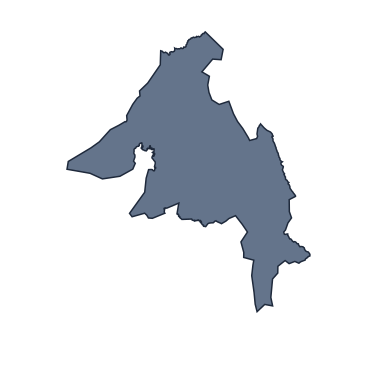 the district of Renchinlxu'mbe, Hövsgöl, Mongolia, rotated 331°
{"feature_id": "93677404B49169879261088", "entity_name": "Renchinlxu'mbe", "entity_type": "district", "adm_level": 2, "iso_a3": "MNG", "parent_name": "Mongolia", "parent_adm1": "Hövsgöl", "projection": "albers", "projection_center": [99.78, 51.076], "detail": "fine", "context": "isolated", "style": "filled", "palette": "slate", "viewbox_px": 384, "rotation_deg": 331, "n_neighbors": 0, "source": "geoboundaries", "source_scale": "gbopen_adm2", "svg_char_len": 6019}
<svg xmlns="http://www.w3.org/2000/svg" viewBox="0 0 384 384"><g transform="rotate(331 192 192)"><path d="M280.4,246.0L280.6,245.8L280.7,244.9L280.5,244.3L280.5,243.6L280.2,242.2L280.1,240.5L279.8,239.5L279.7,237.5L279.5,236.8L279.7,236.1L279.6,235.7L280.2,234.9L280.5,233.0L280.0,231.7L280.1,231.4L280.4,231.0L281.3,230.7L280.7,229.4L280.8,227.9L280.0,226.4L280.0,226.1L280.5,225.3L280.6,224.6L281.0,224.2L280.8,223.3L281.0,222.3L280.9,221.4L281.6,221.1L281.8,220.9L281.5,219.6L281.6,218.1L281.8,216.5L282.1,216.1L282.8,215.7L283.1,215.1L283.9,214.5L284.2,214.0L284.2,213.6L283.4,212.1L283.4,211.0L283.6,210.1L283.8,209.7L285.7,209.4L285.3,208.9L284.7,207.7L284.6,206.4L285.2,205.2L285.0,203.6L285.4,202.7L285.4,201.6L285.9,200.8L286.2,199.0L285.9,198.2L286.3,197.3L286.3,196.5L286.5,195.8L286.6,194.7L287.1,193.7L287.0,192.9L287.4,191.1L287.7,189.1L287.6,187.0L287.7,186.4L288.5,185.0L288.6,184.1L288.5,183.0L288.6,182.6L289.0,182.3L289.9,182.6L290.1,182.4L289.9,181.4L290.3,180.3L289.9,178.2L289.6,177.4L287.4,174.3L286.2,171.0L285.5,168.1L285.4,167.5L285.1,166.7L285.0,165.7L283.7,166.4L283.3,166.4L282.2,167.4L280.5,168.1L277.1,172.6L276.8,173.3L276.5,174.6L276.2,175.3L274.4,176.6L267.4,174.9L267.6,171.8L267.2,161.1L266.0,152.4L266.2,143.7L268.2,130.5L258.2,128.6L254.0,121.1L255.1,113.2L257.6,106.1L263.3,99.2L258.9,91.7L274.5,85.8L281.6,90.4L288.4,82.3L281.2,58.4L280.2,58.6L279.3,59.3L278.4,58.7L277.5,58.9L277.1,59.3L276.6,59.2L276.6,59.4L275.8,59.6L275.3,60.0L273.7,60.0L273.3,59.1L271.7,58.7L271.4,58.2L270.6,58.7L269.7,58.2L269.1,58.2L268.2,57.2L266.9,57.4L266.1,56.9L265.5,57.1L265.2,57.4L264.6,57.5L263.6,57.2L263.0,57.3L262.6,57.8L261.8,57.7L261.1,58.7L260.4,58.8L259.4,60.0L258.8,60.4L258.1,60.5L257.3,61.8L257.0,62.0L255.8,61.9L255.2,61.2L253.9,62.1L253.4,62.0L252.7,61.5L252.5,60.9L252.0,60.6L251.3,60.8L250.3,60.7L249.7,60.2L248.8,59.9L248.4,59.7L248.1,59.1L247.3,58.7L246.8,58.2L246.6,57.8L246.3,58.6L245.6,59.6L244.8,60.3L243.1,60.2L242.0,59.3L240.5,59.1L239.9,59.5L239.8,60.4L239.6,60.8L238.9,61.2L238.3,61.1L237.9,60.7L238.0,59.6L237.7,58.6L237.1,57.8L236.7,56.9L236.1,56.9L234.9,56.5L234.6,56.1L234.3,54.6L233.1,53.3L225.9,65.4L206.0,75.3L195.1,78.2L193.1,82.8L189.5,83.4L182.7,86.6L171.9,93.5L170.2,97.3L169.5,98.1L168.7,98.6L168.0,98.5L167.6,98.0L160.6,98.2L150.8,97.9L135.3,103.2L125.1,104.4L98.6,105.3L93.7,111.5L111.9,126.2L120.0,137.1L136.6,143.3L151.3,143.3L156.3,139.4L155.8,136.7L159.0,133.8L159.9,132.1L160.0,131.5L159.8,130.3L160.2,129.4L161.2,128.2L161.8,126.8L162.9,126.1L163.4,126.4L163.8,126.4L165.3,125.5L167.5,125.9L167.5,126.1L167.9,126.3L167.7,126.2L168.5,125.7L168.7,125.0L169.1,124.6L170.2,124.4L170.5,124.2L171.0,124.6L171.6,124.8L171.7,124.7L171.9,124.9L171.3,126.1L171.1,126.7L170.5,127.4L170.3,127.8L171.3,127.8L171.2,128.4L170.4,129.1L169.7,129.2L169.4,128.8L169.9,128.6L170.1,128.3L170.1,128.1L169.1,128.7L168.8,129.2L168.9,129.5L169.0,129.1L169.1,130.1L170.6,132.8L171.3,133.2L171.5,133.6L171.9,133.9L173.0,133.5L173.2,133.2L173.7,133.1L173.9,132.7L173.6,132.7L173.7,132.4L174.1,132.3L174.7,132.3L175.0,132.9L176.2,133.8L176.5,133.6L176.5,133.4L176.2,133.4L176.1,132.9L176.5,132.8L176.5,132.3L176.8,131.8L177.4,131.2L177.7,131.2L177.9,131.4L177.6,132.1L177.3,132.3L177.5,132.7L177.1,133.2L177.0,133.6L177.2,134.2L177.4,134.3L177.7,133.8L178.2,134.2L178.1,134.4L177.4,134.4L177.4,134.7L177.6,134.8L177.6,135.0L177.3,135.2L177.7,135.6L178.1,135.8L178.8,135.9L178.7,135.6L179.0,135.5L179.6,135.7L179.7,136.1L178.6,137.8L178.1,138.3L177.5,138.1L176.6,138.2L176.7,138.4L177.7,138.7L177.6,138.9L176.7,138.6L176.9,139.1L177.9,140.1L177.9,140.5L177.7,140.8L176.1,142.1L175.7,142.0L176.2,140.9L177.0,140.2L176.9,140.2L174.8,141.4L173.8,142.2L173.5,143.3L173.9,144.6L174.0,146.1L174.4,147.5L173.9,148.9L173.3,149.7L171.4,151.7L171.3,152.3L172.1,152.7L171.9,153.4L171.7,153.6L170.6,153.7L169.8,154.9L169.5,155.1L169.0,155.1L168.4,154.4L168.1,153.2L167.2,152.5L164.9,151.4L158.6,157.7L150.5,169.3L127.0,180.4L127.6,184.6L140.3,187.6L141.2,190.3L141.3,193.6L144.6,195.8L158.0,197.4L157.9,196.8L158.0,196.5L158.0,196.0L158.9,194.9L159.4,193.3L159.5,193.1L159.9,193.6L160.3,193.6L160.5,192.9L160.8,192.8L162.1,193.9L175.1,195.3L168.3,203.8L168.3,204.7L168.1,204.9L169.0,204.6L169.0,205.1L169.2,205.5L169.1,205.8L168.6,206.5L168.6,207.0L169.1,207.1L169.3,207.8L168.9,208.4L169.9,211.1L178.6,215.5L178.7,215.9L178.5,216.5L179.5,217.7L180.2,217.8L180.1,218.5L180.3,218.8L180.8,218.6L181.0,218.8L181.5,218.7L182.0,219.2L182.4,219.1L182.3,218.9L182.9,219.5L183.4,219.4L183.8,219.9L183.8,219.5L184.1,219.6L184.2,219.8L184.0,220.1L184.5,220.4L184.7,221.5L185.1,221.8L185.6,221.4L185.7,221.9L185.7,222.6L185.2,222.7L185.1,223.1L185.5,223.1L185.5,223.3L185.3,223.5L185.0,223.4L185.2,223.8L185.1,224.3L185.2,225.5L185.8,226.4L185.6,226.6L185.7,226.9L185.5,227.1L185.6,227.7L186.2,228.0L186.9,228.8L187.3,228.9L190.1,227.6L190.9,227.4L192.1,227.6L194.5,228.6L195.5,229.2L196.4,229.1L197.8,228.6L198.5,228.8L199.0,228.8L199.1,229.4L199.6,229.9L199.8,230.5L200.5,231.2L200.7,231.6L201.8,233.0L202.4,234.0L207.6,233.9L211.4,233.1L218.6,233.8L220.3,244.9L221.1,253.9L210.6,259.4L208.0,269.9L205.5,274.3L213.0,281.6L209.9,285.4L203.7,294.1L197.6,309.9L192.9,320.7L190.9,328.2L201.1,325.6L207.3,330.7L209.8,322.5L220.3,307.1L227.7,304.5L231.1,298.6L240.2,297.1L242.2,301.7L248.3,302.6L250.9,306.0L251.2,306.1L252.4,305.8L253.9,305.8L257.9,306.4L258.8,305.6L259.6,305.4L260.3,305.5L260.9,305.2L261.5,305.3L262.2,304.8L264.1,305.1L264.9,303.7L264.9,302.8L264.6,300.8L263.5,299.8L262.8,298.5L262.8,297.7L262.6,296.8L262.9,296.1L263.1,295.3L262.7,294.6L262.5,293.7L260.8,292.4L259.9,292.3L259.6,290.8L259.6,290.0L259.9,288.9L258.9,288.2L258.5,286.2L257.8,285.2L256.5,284.9L256.4,284.2L256.0,283.7L256.0,282.8L255.7,281.1L255.2,280.6L254.8,280.5L254.7,279.5L254.8,278.8L254.9,277.1L254.7,276.3L255.3,275.4L255.4,275.1L254.7,274.8L252.8,274.2L252.3,273.5L252.8,271.5L255.4,270.5L260.9,265.6L266.5,262.9L267.6,256.4L273.3,245.8L280.4,246.0Z" fill="#64748b" stroke="#1e293b" stroke-width="1.5"/></g></svg>